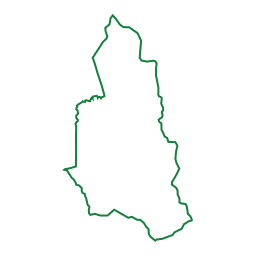 Ippy, Ouaka, Central African Republic (Natural Earth projection)
{"feature_id": "33826404B55816089636663", "entity_name": "Ippy", "entity_type": "district", "adm_level": 2, "iso_a3": "CAF", "parent_name": "Central African Republic", "parent_adm1": "Ouaka", "projection": "natural_earth1", "projection_center": [21.235, 6.7], "detail": "fine", "context": "isolated", "style": "outline", "palette": "green", "viewbox_px": 256, "rotation_deg": 0, "n_neighbors": 0, "source": "geoboundaries", "source_scale": "gbopen_adm2", "svg_char_len": 2015}
<svg xmlns="http://www.w3.org/2000/svg" viewBox="0 0 256 256"><path d="M92.7,57.8L94.8,63.6L97.9,74.3L101.7,85.5L104.5,95.9L103.8,96.5L102.1,97.1L101.5,97.4L101.3,98.0L101.0,98.4L100.7,98.1L100.3,97.2L99.5,97.0L98.3,97.1L97.8,97.9L97.5,96.6L96.9,95.9L95.8,96.1L94.4,96.2L92.6,96.7L92.6,97.1L92.7,98.1L92.7,98.6L92.3,98.0L91.4,98.0L90.5,99.8L90.2,101.0L89.1,101.0L87.7,100.7L86.4,100.2L85.3,100.5L85.0,101.9L83.9,101.8L82.7,101.3L81.7,102.4L79.5,103.7L78.0,104.6L76.9,105.6L77.3,106.9L76.5,107.7L76.3,109.2L77.6,110.5L77.8,111.8L78.0,113.6L76.2,115.6L76.2,117.5L76.8,118.7L77.8,119.6L77.8,121.1L76.3,122.3L75.5,123.9L76.2,126.0L76.0,136.8L76.1,152.9L75.9,166.5L70.1,168.2L64.6,169.3L64.2,169.8L66.8,170.1L71.7,177.8L73.4,179.1L75.5,182.4L76.3,184.7L79.2,185.5L81.8,188.1L81.6,190.2L82.4,192.8L84.9,194.1L85.0,195.5L86.3,198.9L87.3,203.3L87.8,205.2L89.1,206.1L89.4,207.1L88.8,210.0L89.0,213.2L90.4,214.9L94.8,213.8L100.3,215.5L107.6,215.5L114.2,209.7L128.3,217.8L131.7,216.8L137.1,219.7L140.3,219.9L143.9,223.0L146.6,227.4L148.5,229.0L148.9,234.0L150.5,236.8L155.3,240.6L156.3,239.6L162.4,238.8L172.6,235.0L174.5,232.3L181.8,228.7L184.0,224.2L188.5,221.4L191.7,220.4L191.8,219.5L190.3,216.2L188.0,214.0L186.6,205.8L185.6,204.0L180.6,203.3L179.4,202.2L179.5,198.8L177.7,194.6L177.5,190.5L176.2,187.8L171.8,184.5L172.1,182.1L176.5,174.5L179.3,168.6L176.4,162.8L175.4,158.8L176.1,151.1L177.4,146.2L176.6,144.2L175.2,142.1L168.4,141.9L167.1,137.9L164.7,136.6L162.8,132.1L161.5,129.8L161.4,123.4L159.6,122.1L158.9,121.1L158.7,119.6L162.1,117.2L162.6,114.8L161.8,113.0L162.0,111.5L163.0,110.5L163.2,108.0L161.2,103.5L161.7,99.1L161.7,98.0L160.9,97.1L159.0,96.3L158.3,94.7L158.4,87.8L156.6,78.4L156.0,75.5L156.1,67.4L156.7,63.5L155.2,61.2L153.4,60.7L149.9,61.2L147.0,61.6L141.5,60.5L139.7,57.9L140.3,50.2L141.1,40.7L137.5,33.1L129.2,27.3L123.4,27.1L120.0,24.7L115.7,18.6L112.7,15.4L110.5,18.4L109.5,24.4L105.3,27.9L105.6,31.2L107.3,36.4L106.5,38.6L103.1,41.8L92.7,57.8Z" fill="none" stroke="#15803d" stroke-width="2"/></svg>